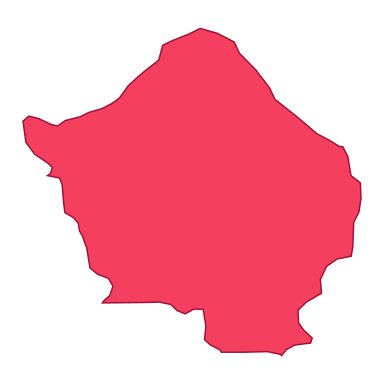 Hagfors, Värmland, Sweden
{"feature_id": "70781695B31376401870693", "entity_name": "Hagfors", "entity_type": "district", "adm_level": 2, "iso_a3": "SWE", "parent_name": "Sweden", "parent_adm1": "Värmland", "projection": "robinson", "projection_center": [13.623, 60.101], "detail": "fine", "context": "isolated", "style": "filled", "palette": "rose", "viewbox_px": 384, "rotation_deg": 0, "n_neighbors": 0, "source": "geoboundaries", "source_scale": "gbopen_adm2", "svg_char_len": 1182}
<svg xmlns="http://www.w3.org/2000/svg" viewBox="0 0 384 384"><path d="M200.2,28.4L190.1,33.5L171.5,41.0L162.7,45.3L158.7,60.2L146.0,70.1L137.1,77.6L128.3,85.7L119.4,98.1L111.5,103.7L101.7,108.7L88.9,112.4L80.1,116.8L65.3,120.5L57.4,126.1L50.6,124.2L38.8,118.6L29.0,116.1L23.0,121.1L25.9,142.3L34.7,154.2L47.5,162.9L52.4,167.3L50.4,173.5L47.5,175.6L59.5,178.0L62.2,184.7L63.5,201.6L64.9,212.7L73.6,217.7L78.2,223.2L79.5,230.8L82.3,235.8L86.8,248.3L90.0,268.0L97.8,274.4L108.4,278.3L113.0,286.2L109.7,295.6L104.2,300.5L102.4,302.9L142.7,302.5L159.3,302.1L170.7,304.4L177.2,310.6L185.1,313.9L193.7,309.2L203.1,309.2L205.9,325.8L205.1,334.1L204.5,339.6L210.3,344.9L220.3,350.1L221.2,352.2L243.7,352.2L267.4,351.6L280.5,354.4L281.6,355.6L286.1,349.9L294.4,345.1L310.6,343.0L312.2,338.1L303.8,330.2L298.6,322.9L298.0,310.1L306.4,302.1L321.5,293.2L320.4,279.3L326.7,266.2L337.1,259.0L351.2,256.2L352.8,246.9L353.7,222.4L358.9,212.1L361.0,198.5L360.4,182.9L351.0,175.6L347.8,156.4L342.7,146.6L339.3,146.5L330.3,140.8L317.0,133.8L298.6,118.1L274.9,99.3L269.7,88.1L256.1,70.3L239.4,53.2L234.2,42.0L217.5,33.4L206.1,30.1L200.2,28.4Z" fill="#f43f5e" stroke="#9f1239" stroke-width="1.5"/></svg>